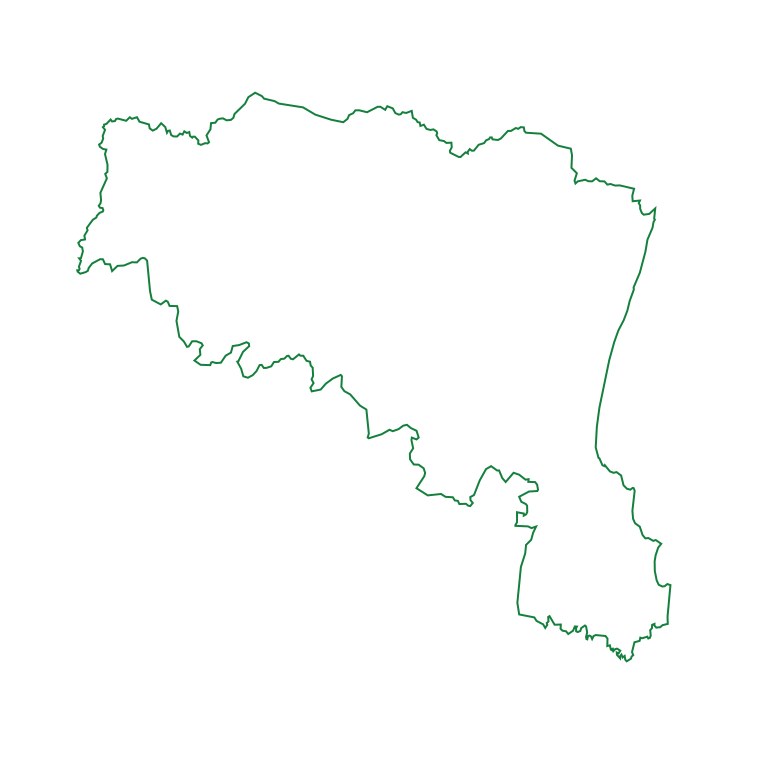 Fenerive Est, Analanjirofo, Madagascar, rotated 353°
{"feature_id": "10022922B92224420422748", "entity_name": "Fenerive Est", "entity_type": "district", "adm_level": 2, "iso_a3": "MDG", "parent_name": "Madagascar", "parent_adm1": "Analanjirofo", "projection": "albers", "projection_center": [49.228, -17.25], "detail": "fine", "context": "isolated", "style": "outline", "palette": "green", "viewbox_px": 768, "rotation_deg": 353, "n_neighbors": 0, "source": "geoboundaries", "source_scale": "gbopen_adm2", "svg_char_len": 6129}
<svg xmlns="http://www.w3.org/2000/svg" viewBox="0 0 768 768"><g transform="rotate(353 384 384)"><path d="M636.4,656.7L637.1,649.3L643.8,618.5L640.8,617.1L637.9,618.9L635.5,618.9L632.2,616.7L630.7,612.1L630.0,602.6L631.0,593.1L632.7,587.2L636.2,579.8L639.7,576.4L634.7,572.0L632.1,572.5L627.6,569.1L624.6,569.1L622.2,565.3L620.5,556.8L616.3,552.9L614.8,548.2L615.1,540.1L619.8,520.5L619.1,517.8L618.2,517.4L615.6,518.9L612.3,517.5L609.4,513.7L608.2,503.7L604.1,499.8L601.0,500.1L597.6,498.3L593.3,491.5L592.8,492.4L590.9,491.2L588.7,483.9L587.9,483.5L586.4,472.7L590.1,452.2L594.9,433.8L610.5,387.7L617.6,370.5L623.1,359.5L629.7,349.9L634.5,340.8L638.0,331.5L643.5,320.7L643.5,318.6L651.5,304.7L659.6,284.5L663.1,272.8L669.6,261.6L671.2,256.2L672.9,253.9L672.3,252.8L674.6,242.8L668.0,247.5L662.4,247.6L660.8,245.8L659.6,241.4L660.0,238.0L658.9,235.5L660.4,233.1L653.1,232.9L653.4,227.4L656.0,220.7L642.2,215.6L637.5,215.2L633.2,213.1L630.0,213.3L627.5,209.8L622.8,209.0L619.6,205.7L615.3,208.2L611.4,207.6L608.7,205.8L601.0,206.5L598.5,208.3L597.9,205.4L601.1,198.3L596.4,192.3L598.5,179.8L598.1,173.2L585.7,168.6L570.4,154.7L555.6,151.9L554.2,150.1L554.1,146.4L551.0,145.7L548.3,147.1L546.0,146.0L540.8,148.3L537.9,147.9L530.0,154.5L526.9,155.7L521.5,154.4L521.0,152.4L519.3,152.2L518.1,153.7L515.0,154.6L512.7,157.1L507.1,158.1L501.7,163.3L499.7,163.2L497.7,161.3L495.3,163.9L495.3,165.4L493.2,164.0L487.6,168.0L485.9,167.8L477.9,162.5L477.8,160.6L480.1,157.3L480.3,152.7L475.3,152.3L473.2,150.2L468.6,148.7L466.3,143.4L467.3,141.7L467.0,139.7L464.1,137.3L461.0,137.5L457.3,136.0L455.2,131.5L451.6,132.3L451.3,128.8L449.3,128.2L448.1,125.6L445.1,123.3L444.8,116.3L439.1,117.7L435.5,116.5L433.4,118.3L431.4,118.4L428.2,116.4L426.3,111.5L421.1,108.7L418.6,112.0L414.2,108.4L411.5,108.1L400.3,112.2L392.7,109.3L388.9,108.9L386.4,111.5L382.1,112.9L380.1,116.4L375.5,119.2L363.9,115.3L348.7,108.3L337.4,99.6L313.7,92.8L309.9,89.9L299.8,86.2L297.9,83.4L291.6,79.2L284.3,82.8L280.2,88.9L268.5,97.8L266.9,101.5L264.2,103.2L259.9,103.1L256.5,100.7L253.4,100.7L251.1,101.2L248.4,104.1L244.1,104.0L242.8,110.0L238.1,115.7L239.8,122.7L238.3,123.7L235.7,123.2L231.5,124.3L228.9,122.9L229.4,119.6L226.4,115.5L224.7,115.2L223.7,116.1L221.7,114.1L221.4,110.2L218.9,110.8L216.6,108.9L214.5,111.9L212.0,110.6L208.8,113.1L205.2,112.6L203.1,110.9L202.3,106.3L200.5,106.4L199.2,108.2L198.2,102.3L194.6,98.0L189.3,102.9L185.3,104.3L182.6,101.7L182.3,97.7L173.3,93.9L171.3,89.1L166.1,90.1L164.2,88.3L160.2,91.3L152.1,88.1L150.3,88.4L149.1,90.2L146.1,90.3L144.9,88.2L140.2,92.0L137.8,92.4L137.6,93.9L136.3,94.8L138.1,97.7L135.0,103.6L135.2,106.2L133.1,110.1L130.4,111.6L130.9,113.9L133.8,116.5L137.0,117.5L135.1,121.8L136.3,132.7L135.3,139.8L132.9,141.5L134.0,146.1L125.8,159.7L125.6,166.9L124.7,170.0L122.6,172.4L123.6,174.4L126.1,175.1L126.6,177.3L126.0,178.5L122.6,179.5L119.5,182.0L118.8,183.7L115.0,185.5L108.1,192.8L108.5,195.4L104.7,200.2L104.9,204.1L100.6,204.3L97.8,206.7L98.9,210.2L101.1,211.8L101.3,215.7L98.5,222.2L96.7,222.1L98.3,224.8L95.5,230.4L95.9,232.7L95.1,233.8L93.4,233.8L93.7,235.2L96.0,237.5L101.5,236.6L103.9,235.5L105.0,232.9L109.0,228.8L117.5,225.5L120.2,226.0L121.8,231.0L126.7,231.8L127.9,238.8L133.9,234.3L140.4,234.7L148.7,232.4L153.5,233.2L157.6,230.0L160.0,229.4L161.9,230.1L163.9,232.7L163.1,263.5L163.8,272.0L172.1,277.8L177.7,274.7L179.4,276.0L180.7,280.4L188.2,281.5L188.6,287.0L185.7,296.1L186.6,312.3L190.6,317.5L193.0,323.1L194.8,322.9L198.8,318.2L203.0,318.7L207.8,321.3L208.8,323.6L205.4,327.0L205.3,332.7L198.7,337.6L204.3,342.6L213.8,344.1L215.1,341.6L216.5,341.3L219.8,342.7L224.7,343.0L230.3,336.6L235.9,334.2L238.5,327.9L245.0,327.7L252.6,325.8L254.8,327.3L254.8,330.0L248.0,334.9L242.2,343.7L241.1,343.9L244.1,351.5L245.3,359.2L249.7,361.2L254.8,359.2L259.1,355.6L262.8,350.1L264.9,350.1L266.6,353.4L269.2,353.7L274.3,352.7L277.4,348.8L282.0,349.1L284.6,346.7L288.2,346.7L291.1,344.4L292.7,344.3L294.6,347.6L296.7,348.4L303.2,344.3L304.4,345.7L307.3,346.1L309.9,351.5L313.3,352.9L313.5,356.8L315.2,359.1L314.6,367.4L312.7,370.6L314.2,374.5L310.5,378.8L311.4,382.5L320.5,381.8L326.4,376.5L333.9,372.3L342.2,369.7L343.2,371.2L341.3,381.7L343.8,386.3L349.2,390.2L357.6,402.6L363.4,407.2L362.9,431.4L361.3,435.1L362.3,436.0L375.5,433.6L383.9,430.1L386.9,431.9L392.9,430.6L398.0,427.7L401.8,427.3L405.4,431.1L410.6,434.4L411.9,441.4L409.5,443.0L405.1,440.6L404.4,443.1L405.1,451.4L401.2,456.1L400.7,461.9L403.7,467.5L408.5,468.3L413.1,472.5L414.0,477.3L412.7,480.5L403.5,491.4L413.9,499.9L427.2,500.1L431.3,503.5L438.5,504.8L440.1,508.2L443.1,509.0L444.1,512.3L450.8,512.9L452.7,515.0L454.7,515.7L457.6,512.9L455.7,509.8L455.9,506.7L459.8,505.2L467.3,491.3L474.9,480.9L480.3,478.6L485.8,483.7L487.7,483.8L489.9,491.7L492.8,496.1L501.8,487.9L507.1,490.5L512.8,496.2L515.9,496.1L515.3,498.7L522.1,499.8L523.7,502.6L524.0,507.5L523.2,508.9L514.8,508.4L504.4,512.4L505.9,517.6L510.2,520.5L511.2,522.2L510.6,528.5L509.2,530.7L506.7,531.7L507.0,529.6L500.4,527.5L499.2,537.4L497.2,540.1L497.1,540.8L509.7,542.9L512.8,545.0L517.6,544.0L513.8,550.0L511.1,556.6L505.4,561.0L503.5,569.4L497.6,582.2L489.7,617.4L490.1,629.2L504.8,634.0L506.5,637.7L512.7,642.0L514.3,645.8L516.7,642.9L516.4,641.1L518.3,639.7L518.6,635.2L520.0,634.6L524.0,643.7L530.2,644.3L529.4,648.5L531.1,650.6L534.5,651.6L536.4,654.6L541.6,651.9L543.9,647.9L545.9,648.3L544.8,649.8L544.6,652.9L546.0,653.8L548.7,653.1L550.0,650.3L554.0,648.2L555.0,649.3L555.4,655.2L553.7,659.8L553.9,661.8L554.6,662.2L555.8,659.1L557.2,658.7L558.7,659.8L559.5,662.5L561.3,659.7L563.6,659.0L573.1,661.1L574.8,663.9L573.7,671.3L576.3,670.9L576.8,675.3L577.6,675.9L577.6,674.8L578.9,674.6L579.1,677.1L581.2,675.3L583.2,675.1L586.0,677.5L583.9,680.0L582.3,678.9L582.2,681.2L584.9,685.0L585.2,683.0L586.7,681.5L587.5,684.5L589.7,683.2L589.9,687.1L591.1,688.8L595.7,686.7L596.5,684.7L598.3,683.5L597.5,680.3L601.1,670.9L606.4,670.1L607.5,667.0L609.1,667.8L614.6,666.9L615.3,668.8L616.9,668.4L618.1,666.2L618.2,660.8L620.2,659.0L620.8,655.7L623.2,655.1L622.9,656.6L624.6,659.0L628.6,659.0L631.1,657.3L636.4,656.7Z" fill="none" stroke="#15803d" stroke-width="2"/></g></svg>